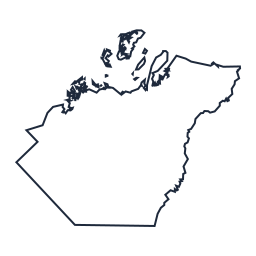 Villarino, Buenos Aires, Argentina, rotated 271°
{"feature_id": "61730980B44606052944654", "entity_name": "Villarino", "entity_type": "district", "adm_level": 2, "iso_a3": "ARG", "parent_name": "Argentina", "parent_adm1": "Buenos Aires", "projection": "natural_earth1", "projection_center": [-62.259, -39.152], "detail": "fine", "context": "isolated", "style": "outline", "palette": "slate", "viewbox_px": 256, "rotation_deg": 271, "n_neighbors": 0, "source": "geoboundaries", "source_scale": "gbopen_adm2", "svg_char_len": 6004}
<svg xmlns="http://www.w3.org/2000/svg" viewBox="0 0 256 256"><g transform="rotate(271 128 128)"><path d="M129.3,42.6L124.0,26.5L112.6,37.8L91.8,17.0L30.2,76.6L30.5,156.3L42.7,159.1L48.9,162.3L51.6,165.6L53.9,165.6L57.5,169.7L61.9,166.5L66.5,171.7L65.0,176.0L67.8,175.9L66.4,177.8L67.1,178.9L71.1,177.2L70.1,179.9L73.4,181.3L75.3,180.5L75.8,182.7L77.5,181.3L77.7,183.9L83.0,184.0L84.2,186.2L90.5,184.2L98.0,188.4L103.6,185.2L108.6,185.7L110.7,184.6L113.2,185.3L114.6,187.8L118.7,189.1L120.4,187.6L124.2,187.8L125.3,189.3L127.0,188.3L128.2,191.1L133.9,194.7L138.2,195.3L144.1,200.5L144.3,202.8L146.3,204.1L146.2,207.9L144.8,209.8L146.1,214.4L151.9,219.4L154.6,219.3L156.9,222.3L156.4,224.2L159.1,225.6L156.6,226.9L157.3,228.3L159.8,227.6L163.8,231.7L169.0,231.0L173.5,233.8L176.7,234.1L179.6,238.2L186.2,236.0L187.3,237.2L188.5,236.2L187.8,236.9L189.5,239.0L191.5,238.8L190.9,222.2L192.6,216.4L191.2,216.7L195.1,212.2L193.3,210.2L194.2,213.2L191.7,209.5L195.5,190.0L198.4,184.5L201.1,175.2L188.9,166.9L188.0,168.1L186.4,167.7L188.1,167.3L187.8,164.5L186.1,165.2L186.4,166.6L186.0,167.3L185.7,165.7L184.9,166.2L186.2,164.8L185.6,163.7L183.9,167.2L183.9,165.7L182.4,164.8L182.0,167.5L180.4,167.8L179.8,167.0L181.5,167.4L182.1,164.0L176.4,161.3L179.9,161.4L181.0,159.2L177.5,160.2L176.5,158.9L173.4,159.2L173.9,158.4L171.8,157.6L171.2,155.8L173.8,155.3L170.3,155.4L173.7,154.2L171.9,153.2L170.5,154.5L171.6,152.8L170.1,151.5L174.7,152.5L177.6,151.2L181.4,152.9L183.3,151.5L185.6,156.7L196.0,166.1L204.0,166.2L205.6,164.5L205.5,160.9L205.1,162.1L201.7,159.5L199.0,154.9L190.3,150.6L171.3,146.3L166.5,146.3L167.1,145.1L166.3,144.8L168.4,143.0L170.4,144.8L172.9,143.5L176.6,144.0L173.7,140.8L170.9,140.1L170.9,140.9L170.4,141.1L170.7,139.9L167.3,137.5L164.7,130.8L163.3,129.9L164.5,125.0L162.0,121.9L164.8,122.5L161.7,120.0L167.8,112.3L168.7,107.9L168.0,108.3L168.1,106.0L166.5,104.4L168.6,102.8L165.9,103.2L166.9,102.5L165.9,98.8L162.8,96.0L166.0,88.6L165.0,85.4L163.6,85.5L163.7,83.2L162.0,82.0L163.0,82.3L164.3,80.2L163.7,78.9L165.3,78.1L162.5,79.4L160.9,76.2L159.7,77.1L160.6,79.2L159.5,78.9L159.0,76.1L157.6,76.4L157.5,78.1L156.5,77.5L157.5,76.9L156.7,75.3L154.1,74.8L157.3,74.4L156.2,71.3L157.7,73.6L159.1,73.8L158.0,72.8L158.5,72.2L160.3,74.4L159.5,71.9L161.8,74.4L162.0,72.4L163.9,74.3L167.9,71.9L165.2,70.3L163.5,72.3L163.2,70.7L161.4,70.0L163.0,67.8L159.9,68.9L161.9,67.1L159.2,67.1L159.0,70.5L158.1,68.9L155.8,69.2L155.0,66.6L154.3,69.8L153.6,67.7L151.8,69.4L148.0,68.3L147.2,70.4L146.1,69.5L147.2,72.4L146.0,72.0L144.6,70.3L144.7,67.4L141.6,65.4L143.7,63.4L142.4,62.8L142.7,62.1L145.8,64.1L147.8,62.3L150.3,62.6L147.8,52.7L141.7,47.2L129.3,42.6ZM208.6,119.4L204.3,117.8L205.5,119.9L205.3,121.0L202.8,121.4L204.5,121.7L204.9,122.3L204.9,122.6L201.7,121.3L202.5,122.3L201.9,125.3L201.5,124.1L200.0,125.6L199.7,129.0L204.5,129.8L207.0,131.7L207.6,130.6L209.7,133.0L211.3,131.7L213.3,132.4L213.8,134.7L217.6,136.4L218.4,139.0L223.5,142.8L225.8,139.7L225.8,134.8L224.2,129.7L224.3,134.8L223.7,135.3L223.2,134.7L222.9,135.3L221.8,135.8L223.0,134.5L224.1,134.8L223.6,130.2L222.3,130.2L221.5,129.2L222.5,129.7L222.7,128.1L223.4,127.8L221.8,124.0L221.6,119.3L220.3,118.4L221.3,120.9L221.2,124.4L220.2,125.7L221.1,129.2L219.1,127.1L218.5,129.8L216.0,126.2L214.6,127.7L213.7,127.4L218.0,124.9L216.5,123.1L217.5,121.7L216.6,122.6L216.3,121.7L218.1,120.1L216.6,119.6L216.0,121.0L215.2,121.1L214.5,120.4L214.2,122.1L214.4,120.3L215.9,120.8L215.6,119.1L210.1,118.3L209.6,120.1L211.5,121.4L211.2,122.1L209.4,120.0L209.8,118.2L208.2,118.2L208.9,119.1L208.8,120.0L207.0,120.7L208.5,121.3L207.2,122.5L208.2,124.0L207.0,124.6L207.8,123.8L206.6,124.0L206.6,122.4L208.3,121.3L206.7,120.6L208.6,119.4ZM205.5,105.3L196.8,101.3L190.8,104.6L192.6,105.3L192.2,106.5L194.6,107.7L197.4,104.4L200.3,106.5L199.2,107.3L201.8,110.2L203.6,108.3L205.0,108.6L205.9,106.2L204.4,107.0L205.5,105.3ZM204.1,117.5L200.0,116.0L196.7,117.5L196.2,119.7L199.1,125.4L197.4,125.4L197.6,127.6L199.1,127.9L199.9,125.4L202.3,122.2L201.5,121.6L202.1,120.3L204.0,120.3L205.1,120.9L204.1,117.5ZM198.7,143.1L191.5,137.0L186.6,135.0L186.8,137.5L192.3,142.8L195.3,143.9L198.7,143.1ZM219.1,125.5L220.9,123.4L218.6,121.0L216.8,123.0L218.4,124.4L217.1,126.5L218.3,128.4L218.7,126.8L219.9,126.9L218.8,126.6L219.1,125.5ZM207.3,143.5L203.4,141.7L202.7,144.0L205.5,145.6L207.3,143.5ZM177.9,81.1L174.0,76.3L172.4,78.3L174.9,79.0L175.6,81.2L177.9,81.1ZM170.6,94.9L174.3,91.8L171.2,92.1L169.4,95.1L170.8,96.2L170.6,94.9ZM190.7,104.8L189.3,106.0L189.0,109.6L191.3,108.5L190.7,104.8ZM168.8,107.6L171.4,106.7L172.4,103.9L168.4,105.5L168.8,107.6ZM205.1,102.9L199.7,101.0L203.6,103.5L205.1,102.9ZM173.4,75.4L173.8,74.2L171.2,72.0L172.0,75.1L173.4,75.4ZM170.3,84.3L167.5,82.6L167.0,85.1L169.4,86.7L168.0,84.5L170.3,84.3ZM177.0,133.3L176.2,134.2L178.3,136.6L178.4,135.5L177.0,133.3ZM179.9,158.8L176.6,158.6L178.8,159.7L179.9,158.8ZM169.3,80.4L166.6,79.1L167.5,80.8L169.3,80.4ZM181.3,104.8L179.1,104.9L180.1,107.3L180.3,105.3L181.3,104.8ZM166.4,79.6L164.7,79.6L166.9,80.9L166.4,79.6ZM172.8,83.7L169.6,83.4L172.2,84.4L172.8,83.7ZM168.1,77.1L166.4,77.3L166.2,78.1L167.6,78.0L168.1,77.1ZM166.3,83.9L166.6,82.2L165.5,83.8L166.3,83.9ZM169.2,97.8L169.1,96.6L168.9,96.3L168.2,97.8L169.2,97.8ZM196.2,100.6L197.9,100.5L197.9,100.2L196.2,100.6ZM222.7,129.7L223.5,128.3L223.4,128.0L222.7,129.7ZM170.9,81.3L170.7,80.4L170.4,81.3L170.9,81.3ZM175.5,157.9L174.3,157.9L173.9,157.8L174.4,158.5L175.4,158.3L175.5,157.9ZM181.7,131.8L182.7,131.9L182.1,131.4L181.7,131.8ZM169.7,97.8L170.6,97.3L169.3,96.6L169.7,97.8ZM172.7,83.0L171.4,83.0L171.3,83.3L172.7,83.0ZM175.1,157.5L174.8,157.0L173.7,157.2L175.1,157.5ZM218.7,119.8L217.8,119.2L217.2,119.5L218.1,119.9L218.7,119.8ZM170.1,100.6L170.8,99.9L169.8,100.3L170.1,100.6ZM167.9,76.0L168.3,75.3L167.4,75.8L167.9,76.0ZM176.7,83.8L176.3,83.4L176.1,83.8L176.7,83.8ZM164.6,81.7L164.4,80.8L164.1,81.4L164.6,81.7ZM165.6,76.3L166.5,76.2L166.5,75.9L165.6,76.3ZM202.2,120.5L202.8,120.5L202.2,120.5Z" fill="none" stroke="#1e293b" stroke-width="2"/></g></svg>